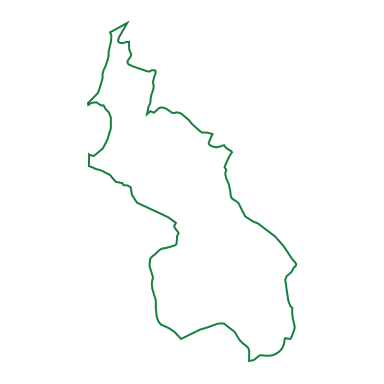 map outline of Sucre (Albers equal-area conic projection)
{"feature_id": "COL-1417", "entity_name": "Sucre", "entity_type": "Department", "adm_level": 1, "iso_a3": "COL", "parent_name": "Colombia", "parent_adm1": "", "projection": "albers", "projection_center": [-75.178, 9.212], "detail": "fine", "context": "isolated", "style": "outline", "palette": "green", "viewbox_px": 384, "rotation_deg": 0, "n_neighbors": 0, "source": "natural_earth", "source_scale": "10m", "svg_char_len": 2614}
<svg xmlns="http://www.w3.org/2000/svg" viewBox="0 0 384 384"><path d="M89.1,154.7L89.2,154.8L93.6,156.0L96.1,154.2L103.0,148.2L107.3,139.9L110.8,128.4L110.9,117.7L109.0,112.7L106.8,110.1L105.5,109.0L103.5,105.3L100.7,105.3L98.2,103.5L96.4,102.4L92.8,102.6L90.4,103.5L88.3,105.0L87.9,103.2L97.9,93.1L99.6,88.3L102.6,78.3L102.5,74.1L103.6,70.2L105.9,65.2L107.9,59.1L108.6,55.5L108.6,51.7L111.0,41.4L111.4,35.6L110.1,32.3L127.2,23.0L118.9,37.5L118.1,40.4L118.6,42.2L120.3,43.0L122.9,43.1L125.8,42.1L129.0,41.8L129.1,48.1L129.5,50.3L131.0,53.7L131.1,55.3L130.4,57.1L127.7,60.7L127.4,62.4L128.5,64.3L132.7,66.3L146.9,71.2L149.4,71.6L151.7,70.2L155.5,70.5L155.6,73.3L154.4,76.3L152.9,82.0L153.7,86.4L153.3,89.2L151.4,94.8L150.7,98.1L150.5,101.4L150.0,104.0L148.7,106.2L147.0,114.2L150.3,111.2L154.0,112.7L157.1,109.9L158.4,108.5L160.7,107.5L163.3,107.7L166.6,108.9L171.9,112.7L174.3,113.0L176.5,112.4L178.6,112.6L181.3,113.7L188.4,119.6L192.2,124.2L199.8,131.0L201.9,132.5L207.1,132.6L212.5,134.0L208.7,142.8L209.1,144.3L210.3,145.4L213.1,146.7L216.7,147.3L220.7,146.3L223.0,145.4L224.3,145.3L224.7,146.1L226.0,147.8L229.6,150.3L231.2,151.0L232.0,152.3L231.1,153.5L228.8,157.4L225.1,165.6L224.6,167.5L226.3,169.7L225.3,173.2L225.5,175.3L226.3,178.7L228.7,183.9L230.4,191.7L230.5,194.1L231.0,196.6L231.8,198.3L233.7,199.8L235.4,200.6L238.6,203.3L241.9,210.0L245.3,216.5L253.0,221.5L257.9,223.4L275.1,236.5L283.5,246.0L292.6,259.7L295.0,262.1L296.1,263.9L296.1,265.3L295.1,266.5L293.8,267.7L291.4,272.1L286.8,276.0L285.2,279.8L288.3,300.7L290.4,306.2L292.5,308.2L292.2,309.1L292.2,313.0L292.7,318.2L294.3,324.5L294.7,327.7L294.2,329.8L291.7,336.7L290.4,338.9L287.4,338.7L285.8,338.1L285.2,338.2L284.6,339.6L284.0,344.1L282.1,348.4L279.4,351.5L275.6,354.1L271.5,355.5L266.8,355.8L260.7,355.2L258.9,355.8L255.1,359.1L253.6,360.1L249.1,361.0L249.2,350.9L248.3,348.1L246.0,345.7L243.6,344.0L239.6,340.1L234.5,331.7L227.8,326.6L224.2,323.6L221.7,323.4L217.7,323.7L207.8,327.3L200.1,329.6L181.1,338.9L174.5,331.9L168.6,328.0L161.1,324.6L159.3,322.7L158.0,320.4L156.8,317.2L155.8,308.0L155.8,300.3L152.3,288.7L151.9,284.7L151.9,282.0L153.0,277.3L149.5,266.0L150.1,259.1L151.3,257.3L152.9,255.9L154.7,254.7L158.4,251.0L160.8,249.1L162.9,248.4L165.6,248.1L174.5,245.6L176.5,244.2L177.2,235.5L177.9,234.6L178.6,233.4L178.1,232.3L174.7,227.7L174.2,226.2L175.9,222.8L168.1,217.2L137.0,202.7L132.0,195.0L130.7,187.2L127.6,185.5L125.3,185.2L123.9,185.3L123.2,184.8L122.5,183.2L115.8,181.8L112.6,178.2L110.0,174.9L100.6,170.2L95.1,168.8L93.6,167.8L88.9,166.1L89.1,155.1L89.1,154.7Z" fill="none" stroke="#15803d" stroke-width="2"/></svg>